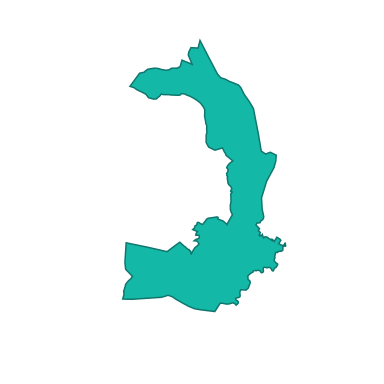 the district of Rafael Delgado, Veracruz, Mexico, rotated 126°
{"feature_id": "50627088B70303647374080", "entity_name": "Rafael Delgado", "entity_type": "district", "adm_level": 2, "iso_a3": "MEX", "parent_name": "Mexico", "parent_adm1": "Veracruz", "projection": "mercator", "projection_center": [-97.093, 18.796], "detail": "fine", "context": "isolated", "style": "filled", "palette": "teal", "viewbox_px": 384, "rotation_deg": 126, "n_neighbors": 0, "source": "geoboundaries", "source_scale": "gbopen_adm2", "svg_char_len": 5775}
<svg xmlns="http://www.w3.org/2000/svg" viewBox="0 0 384 384"><g transform="rotate(126 192 192)"><path d="M64.7,274.6L72.0,271.7L75.8,277.7L80.5,276.9L83.2,275.7L84.9,273.1L86.2,270.9L88.6,266.9L90.0,272.6L90.9,276.3L91.2,277.6L97.5,275.3L100.6,276.9L102.9,280.0L104.0,281.4L106.6,282.3L108.8,284.7L110.7,288.4L112.1,292.3L113.9,295.2L118.6,299.9L121.2,300.8L123.2,301.1L126.6,304.2L143.0,304.3L141.6,300.0L141.7,297.2L141.3,294.6L140.7,291.6L140.0,286.6L141.3,282.7L140.2,279.7L139.3,277.5L137.5,275.4L135.9,275.3L133.5,274.5L130.7,274.4L130.4,273.1L128.9,270.7L127.2,268.5L125.8,265.9L124.0,263.2L121.5,259.5L120.1,258.4L119.7,258.6L118.6,258.3L117.1,255.7L116.5,252.6L115.7,250.0L115.2,246.1L114.9,242.2L115.1,237.3L116.5,232.8L118.0,229.9L123.4,226.3L125.3,224.2L127.0,222.4L128.4,221.2L129.6,219.1L130.9,218.2L132.2,217.4L134.8,215.1L137.6,214.0L143.6,209.7L145.9,204.9L144.7,198.0L138.5,193.3L139.6,191.0L140.5,189.5L141.2,187.6L142.4,185.8L142.5,182.5L142.9,177.2L145.3,178.0L147.1,178.5L149.6,178.6L151.9,178.3L152.0,178.2L152.2,177.2L152.4,176.5L152.8,175.9L153.8,175.4L154.3,175.1L155.2,174.9L156.2,174.9L156.6,174.9L157.0,174.7L157.2,174.1L157.6,173.9L158.1,173.6L158.5,172.8L158.5,172.3L159.8,171.7L160.4,171.4L160.7,171.0L161.1,170.5L161.5,170.2L161.9,169.8L162.4,169.2L163.4,168.5L164.1,167.2L164.5,166.6L164.5,166.0L164.5,165.6L164.7,164.7L164.9,163.5L165.0,163.3L165.2,162.9L165.6,162.4L165.8,161.9L166.4,161.6L166.9,161.7L168.8,161.0L168.8,160.9L168.7,160.3L168.4,160.0L168.3,159.6L168.5,159.4L169.3,159.4L170.6,159.6L175.8,155.6L176.8,154.8L177.8,154.4L178.2,154.1L179.6,153.5L180.6,153.0L180.7,152.9L181.8,152.0L182.7,151.3L182.8,151.3L183.2,151.0L184.0,150.2L184.5,149.4L185.1,148.8L185.5,148.1L185.9,147.2L186.4,146.4L186.5,146.0L194.5,145.1L197.9,144.6L197.7,145.1L197.6,145.4L197.5,145.6L197.2,150.1L197.3,150.2L197.6,151.4L197.8,152.1L198.0,152.7L198.3,153.9L198.7,155.1L198.5,155.3L198.4,155.5L197.2,155.9L197.5,157.1L198.1,157.9L198.6,158.2L203.8,163.6L205.8,164.3L206.6,164.1L210.6,164.3L211.9,164.3L212.2,164.9L212.7,166.8L212.6,167.6L212.7,168.8L213.3,169.6L214.1,169.7L215.6,168.8L216.4,169.0L217.5,169.7L218.9,169.1L220.4,168.9L221.9,169.4L221.8,168.1L221.5,167.4L220.8,164.4L221.8,164.5L224.6,163.8L224.7,163.3L223.0,161.1L223.2,160.4L224.7,159.2L225.6,159.4L226.7,159.9L227.3,160.5L228.4,161.1L230.2,161.6L229.0,159.6L228.9,158.0L230.0,155.8L230.8,156.0L232.0,155.9L234.5,156.7L235.1,156.9L235.4,156.8L236.1,156.9L237.9,156.8L238.0,156.8L242.7,156.2L242.7,156.4L242.6,156.6L242.3,156.8L242.0,157.0L241.7,157.3L241.5,157.5L241.2,157.8L241.1,158.0L240.9,158.2L240.8,158.3L240.7,158.4L240.7,158.6L240.8,158.8L241.0,159.0L240.9,159.4L240.6,159.6L240.4,160.0L240.4,160.5L240.6,161.0L240.7,162.4L240.6,163.7L240.4,164.5L240.3,165.1L240.5,165.8L240.4,166.5L239.8,172.4L246.0,174.4L254.9,177.1L262.7,195.3L271.8,215.4L287.9,205.2L289.3,204.1L293.5,200.3L295.3,190.6L298.8,190.6L300.9,191.2L304.1,191.4L305.9,191.4L307.1,190.7L312.6,188.9L314.5,187.0L319.3,185.1L314.1,177.5L303.2,164.5L295.2,154.9L292.2,152.5L289.6,150.7L288.3,146.2L288.2,141.9L287.5,135.6L286.5,127.7L284.9,121.2L282.3,115.9L275.3,103.3L265.4,103.8L264.1,101.9L262.3,98.0L260.3,95.8L257.7,93.9L257.1,91.9L257.6,89.8L255.1,89.2L253.7,89.9L253.3,91.0L253.5,92.8L252.6,94.2L251.3,93.6L250.3,92.5L248.9,91.7L247.8,91.9L246.4,93.2L244.8,94.5L242.4,95.1L241.1,93.0L239.6,90.6L236.6,90.0L231.0,91.6L229.9,93.0L229.8,95.2L227.1,97.5L224.3,97.0L222.2,96.3L221.2,95.6L220.8,95.7L220.2,95.9L219.5,95.7L219.0,95.4L218.4,94.7L218.1,93.9L216.8,92.9L216.2,91.9L215.8,90.9L216.0,90.0L216.5,89.1L216.4,88.3L216.1,87.9L215.6,87.6L214.7,87.4L213.8,87.8L213.2,88.4L212.3,89.3L211.3,89.6L210.8,89.5L209.9,88.7L209.6,87.6L209.4,86.9L209.0,86.5L208.8,86.3L208.5,86.1L208.3,86.0L208.0,85.8L207.6,85.3L207.3,84.4L207.4,83.5L208.0,81.9L208.3,81.4L208.5,80.9L208.4,80.2L208.0,79.9L207.5,79.9L206.9,80.0L206.4,80.3L206.1,80.4L205.3,80.4L204.8,80.2L203.4,79.7L203.0,79.7L202.4,79.8L201.8,79.8L201.2,79.8L200.7,80.0L200.0,80.2L200.0,80.6L199.9,81.0L199.8,81.5L199.8,81.8L199.9,82.3L200.1,82.6L200.0,83.0L199.8,83.5L199.6,83.9L199.4,84.4L199.2,85.1L198.9,85.6L198.2,85.7L197.3,86.0L196.8,86.1L196.4,86.2L196.3,86.3L196.0,86.7L195.8,87.0L195.6,87.3L195.4,87.5L195.0,87.4L194.7,87.6L194.2,87.8L193.6,87.9L193.2,88.1L192.8,88.3L191.9,88.7L191.7,88.7L191.4,88.6L190.9,87.9L190.8,87.4L190.7,87.3L190.3,87.2L189.9,87.3L189.5,87.2L189.1,86.9L188.7,86.5L188.4,86.1L188.1,85.8L187.9,85.6L187.7,85.4L187.6,85.2L187.4,85.0L187.2,84.8L186.9,84.6L186.5,84.5L186.0,84.4L185.7,84.3L185.5,84.5L185.4,84.6L185.0,84.9L184.5,85.1L184.2,85.3L183.7,85.6L183.3,85.9L183.0,86.1L182.6,86.2L182.2,86.1L181.5,85.6L181.3,85.2L181.2,84.9L181.2,84.7L180.9,84.5L180.6,84.5L180.4,84.7L180.1,84.9L179.9,85.1L179.6,85.5L179.3,85.9L179.0,86.1L178.6,86.4L179.0,86.8L180.1,86.4L182.2,87.2L182.5,89.5L182.9,91.5L178.9,91.7L178.4,93.3L178.5,93.6L178.5,94.0L178.7,96.8L180.5,96.6L181.1,96.6L183.3,96.5L183.5,96.4L183.4,97.0L183.2,99.0L183.3,99.0L183.3,99.4L184.3,98.7L184.3,101.7L184.4,102.3L184.4,104.9L184.9,105.8L185.2,106.5L185.5,106.7L186.7,107.0L187.1,107.3L185.0,110.2L185.4,110.2L185.7,110.2L186.2,110.3L186.7,110.7L186.7,110.8L187.2,110.6L187.3,111.1L187.5,111.2L187.7,111.4L187.8,111.7L187.8,111.8L187.2,112.2L187.0,112.4L186.9,112.5L184.5,112.9L184.4,115.6L182.0,115.8L181.6,118.3L181.5,118.5L181.3,119.7L181.1,120.9L178.9,121.2L178.1,120.2L177.1,119.0L176.9,119.0L174.5,119.2L173.1,118.6L171.4,118.7L169.7,119.5L164.7,125.1L155.9,132.3L139.6,137.9L124.2,140.0L117.7,142.4L112.7,145.5L113.8,152.0L118.0,154.8L118.2,160.0L105.5,173.0L93.2,186.2L88.4,191.3L85.2,198.7L82.4,207.0L78.8,214.0L78.1,217.3L78.9,220.6L80.6,227.1L81.1,231.1L82.7,236.0L81.6,240.7L73.3,257.5L64.7,274.6Z" fill="#14b8a6" stroke="#0f766e" stroke-width="1.5"/></g></svg>